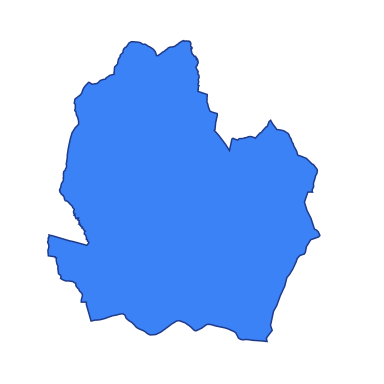 Apata, Brasov, Romania, rotated 100°
{"feature_id": "2599482B72383256366849", "entity_name": "Apata", "entity_type": "district", "adm_level": 2, "iso_a3": "ROU", "parent_name": "Romania", "parent_adm1": "Brasov", "projection": "equal_earth", "projection_center": [25.479, 45.953], "detail": "fine", "context": "isolated", "style": "filled", "palette": "blue", "viewbox_px": 384, "rotation_deg": 100, "n_neighbors": 0, "source": "geoboundaries", "source_scale": "gbopen_adm2", "svg_char_len": 5949}
<svg xmlns="http://www.w3.org/2000/svg" viewBox="0 0 384 384"><g transform="rotate(100 192 192)"><path d="M336.6,269.0L334.9,264.9L334.4,262.5L333.6,260.0L331.9,256.2L327.7,248.9L326.4,245.2L324.9,242.1L324.1,239.7L324.0,239.0L324.6,237.1L325.1,236.5L326.9,235.5L327.6,235.0L328.3,234.1L329.5,232.1L331.0,228.4L333.3,225.2L334.6,223.7L335.4,222.2L336.0,220.3L337.1,215.5L337.9,213.5L338.9,211.9L339.6,210.2L340.0,208.4L339.1,204.5L338.5,202.7L335.3,198.3L328.4,191.7L325.4,189.0L323.7,186.9L322.3,185.5L321.4,184.0L321.0,182.7L321.2,180.6L322.1,175.9L323.6,172.8L324.0,171.7L325.4,169.3L327.2,166.8L327.9,165.6L328.1,164.6L327.8,163.6L324.4,158.8L320.5,155.1L319.7,153.9L319.3,151.6L319.3,149.6L319.8,145.4L320.1,135.9L320.7,131.8L321.3,130.1L321.9,127.2L322.4,125.8L323.0,124.6L324.1,123.6L327.8,120.9L328.5,119.1L328.8,117.4L328.6,115.5L328.0,113.9L327.6,111.2L327.5,106.2L326.5,97.2L326.2,92.1L323.1,93.4L321.5,92.7L314.3,89.0L309.8,91.5L295.3,91.0L289.0,88.8L279.1,87.1L268.4,84.3L259.8,83.7L256.1,81.6L250.7,79.5L242.7,77.3L239.1,76.8L235.7,74.6L233.5,70.5L231.5,69.9L225.9,69.8L218.4,66.8L214.3,59.5L212.6,58.5L209.2,60.8L208.0,62.6L207.2,65.0L197.2,70.3L190.3,75.5L182.5,79.5L172.0,77.9L171.5,75.5L171.2,73.3L170.6,73.7L168.7,74.0L165.8,73.1L163.8,73.6L162.0,73.9L158.7,73.4L154.6,73.1L152.0,72.2L148.9,72.3L147.9,72.8L143.9,77.2L143.7,78.4L139.0,85.3L137.7,91.5L137.4,94.2L136.3,94.8L133.8,95.9L132.1,97.2L129.1,99.7L127.0,100.7L124.8,102.6L123.5,103.1L122.1,104.0L120.6,105.5L118.7,106.5L117.8,107.4L116.2,111.0L115.7,112.7L115.6,116.0L115.7,119.5L114.0,121.0L111.5,123.8L109.5,125.6L107.7,127.0L109.2,128.3L113.8,129.2L114.7,129.6L115.1,130.4L119.7,133.3L120.7,133.6L121.7,134.5L122.2,135.4L128.0,139.0L127.7,139.8L127.2,142.8L127.2,144.0L127.7,145.9L128.9,147.8L129.4,149.0L129.5,149.5L130.5,151.2L131.2,154.6L131.9,155.4L132.7,155.8L133.0,156.3L132.3,159.7L132.0,160.3L132.0,160.9L132.4,161.6L133.2,161.9L144.7,162.3L139.3,167.2L131.5,175.6L127.3,180.9L126.5,180.2L118.8,180.8L117.7,180.6L115.1,180.6L113.5,180.4L111.8,180.5L110.4,180.8L109.9,185.5L109.3,188.2L108.2,189.0L104.8,190.9L102.8,191.7L100.6,193.0L98.3,193.2L97.3,193.5L94.6,193.7L93.3,194.0L91.9,203.6L89.8,203.6L89.6,204.0L88.6,203.8L87.9,204.0L87.1,203.8L86.8,203.9L86.0,203.6L85.5,204.8L82.5,204.5L80.3,205.3L79.4,205.3L78.1,204.9L77.7,204.9L77.1,205.2L75.9,205.4L75.6,205.7L75.2,206.3L74.6,206.6L74.1,207.1L73.7,207.1L73.0,206.8L72.3,206.8L71.6,207.5L71.1,207.8L70.9,208.3L70.4,208.5L70.1,208.9L69.7,209.0L68.5,209.8L67.9,209.7L66.3,208.8L65.5,209.0L64.6,208.5L62.8,208.5L62.3,208.8L62.1,209.0L61.9,208.9L61.0,209.3L61.0,209.7L60.5,209.9L60.8,210.3L60.8,210.5L60.7,210.6L60.3,210.4L60.2,210.8L59.6,210.4L59.4,210.7L59.1,210.8L58.8,211.3L58.5,211.5L58.5,211.8L57.8,212.1L57.9,212.4L58.1,212.7L58.1,212.8L57.7,213.3L57.7,213.8L56.9,214.4L56.7,214.8L56.4,215.1L56.0,215.7L55.3,216.0L54.8,216.6L53.8,216.7L52.3,217.7L51.7,217.7L51.3,217.4L51.3,217.2L50.9,216.9L50.8,217.0L50.8,217.8L50.6,217.9L50.1,217.5L50.1,217.3L49.7,217.1L49.4,217.6L49.2,217.9L48.5,218.6L47.4,219.0L46.3,218.8L45.3,219.2L44.0,220.4L44.0,220.5L44.3,220.8L44.0,221.7L44.3,222.0L44.2,223.2L44.2,223.9L44.9,225.4L44.9,225.6L44.3,226.3L44.4,226.7L44.8,227.1L45.0,227.8L47.2,230.3L49.2,232.0L50.8,233.7L51.7,234.4L51.9,234.8L52.3,236.2L52.7,236.7L52.8,237.1L53.0,237.6L53.0,238.6L54.1,240.3L56.0,241.7L57.1,242.9L58.2,243.6L58.4,244.0L59.8,245.7L61.6,247.1L62.6,248.4L63.1,248.6L63.7,249.1L63.7,249.6L63.6,250.2L63.8,250.7L61.4,251.8L60.1,252.6L58.2,254.8L57.5,256.2L56.4,258.9L56.1,260.3L54.7,263.3L54.6,264.2L55.0,265.3L55.0,266.4L54.0,268.4L53.8,269.0L53.9,272.3L54.3,276.7L54.6,278.0L56.2,279.9L60.7,281.9L61.1,282.8L62.8,284.0L64.8,284.4L66.7,284.2L68.1,285.4L69.9,286.5L70.9,286.2L73.9,287.5L79.1,287.6L82.2,289.9L84.4,289.8L86.8,289.5L88.0,289.6L89.5,289.1L91.6,293.5L93.2,294.9L94.5,296.4L96.1,297.0L96.4,298.6L98.1,301.7L99.8,302.8L101.6,304.3L103.2,309.1L103.2,309.3L102.0,311.8L102.0,312.9L106.4,315.8L108.4,316.7L110.0,317.2L113.9,317.8L116.0,319.0L120.8,323.4L125.0,323.4L125.4,322.7L126.5,322.0L129.8,321.5L132.2,321.6L133.0,320.3L136.5,319.1L137.9,317.8L141.6,316.1L145.0,315.4L149.1,318.2L154.6,320.4L161.0,321.1L170.1,321.4L176.1,321.3L178.4,321.1L179.6,320.8L186.2,320.7L188.8,319.9L189.7,320.0L191.2,320.6L192.2,320.6L193.7,321.4L194.2,321.9L194.7,321.9L195.2,321.8L196.5,321.8L199.3,321.1L200.3,321.3L201.5,320.9L203.4,320.7L204.3,321.1L204.8,321.4L206.2,321.9L207.6,322.1L210.6,322.1L211.5,322.5L213.2,322.8L213.6,322.6L214.0,322.0L214.8,322.2L216.1,320.8L216.6,320.6L217.0,319.7L217.6,319.1L217.5,318.6L218.3,318.0L218.9,317.3L220.2,316.6L220.7,316.6L221.2,316.3L222.6,315.3L222.5,313.9L223.5,311.9L224.6,310.7L225.8,309.0L226.1,308.1L228.1,306.7L229.6,304.8L231.6,305.3L232.8,305.1L233.8,304.6L234.0,303.4L235.4,304.1L235.8,302.9L237.4,302.3L238.3,301.6L238.0,300.5L237.3,300.0L237.4,299.1L239.2,299.8L239.9,298.6L239.9,298.0L240.1,297.8L241.3,298.1L242.2,297.3L243.2,297.9L243.3,297.4L243.3,296.5L243.5,296.4L243.9,296.7L244.2,296.6L244.5,295.5L245.3,295.3L245.5,294.0L246.4,294.1L246.2,293.5L247.3,292.8L248.5,291.4L249.0,290.3L249.7,291.0L252.0,290.8L253.0,289.1L255.2,288.1L257.0,287.8L256.9,286.8L258.5,286.4L259.1,285.1L259.9,284.8L262.8,286.3L261.7,297.4L261.4,301.4L261.4,303.9L259.4,321.2L259.2,325.2L259.6,324.9L260.2,324.9L260.3,325.2L260.9,325.1L261.7,325.4L261.6,325.1L263.0,325.4L265.4,325.1L265.7,325.5L266.6,325.4L269.4,323.7L270.8,323.5L272.5,323.5L274.2,323.8L276.1,323.4L279.8,322.4L279.6,315.4L280.4,315.3L280.3,314.1L282.7,313.9L284.4,313.3L286.9,312.2L288.4,311.0L290.4,310.9L295.6,309.3L296.1,308.6L296.4,307.8L296.9,307.0L297.4,306.6L298.1,306.3L300.0,306.4L300.9,303.9L301.5,301.1L301.0,297.9L300.9,293.8L301.8,292.0L302.0,290.7L304.2,290.1L305.1,289.6L306.9,287.4L307.4,286.5L308.6,286.0L309.4,285.1L310.3,283.6L312.1,282.1L313.6,281.9L317.6,282.3L319.7,281.9L318.8,276.9L321.2,276.5L336.6,269.0Z" fill="#3b82f6" stroke="#1e3a8a" stroke-width="1.5"/></g></svg>